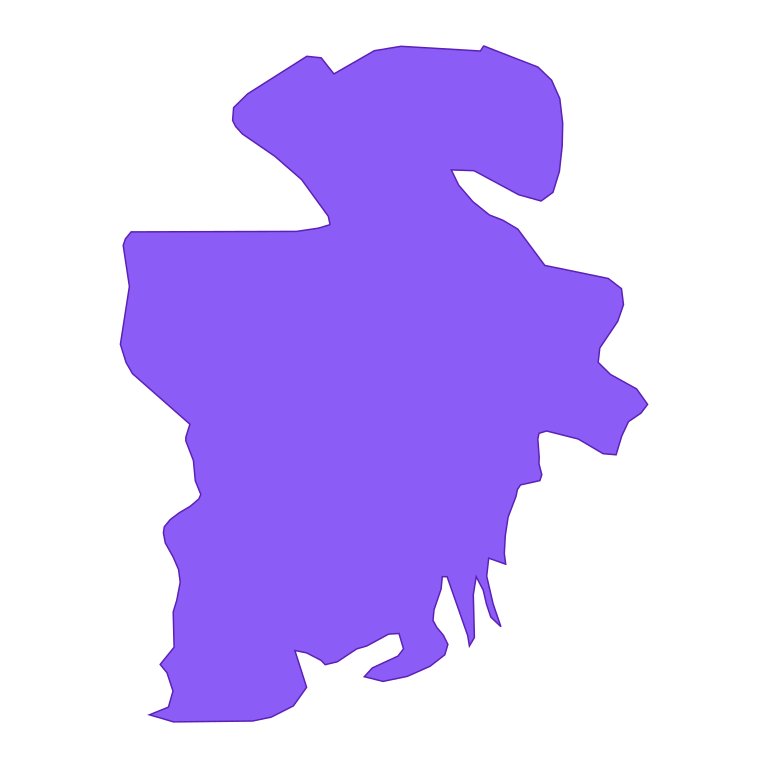 outline of Vestfold
{"feature_id": "NOR-923", "entity_name": "Vestfold", "entity_type": "County", "adm_level": 1, "iso_a3": "NOR", "parent_name": "Norway", "parent_adm1": "", "projection": "natural_earth1", "projection_center": [10.149, 59.326], "detail": "fine", "context": "isolated", "style": "filled", "palette": "violet", "viewbox_px": 768, "rotation_deg": 0, "n_neighbors": 0, "source": "natural_earth", "source_scale": "10m", "svg_char_len": 1834}
<svg xmlns="http://www.w3.org/2000/svg" viewBox="0 0 768 768"><path d="M483.5,46.1L484.5,46.2L493.5,49.8L538.0,67.1L551.6,80.2L559.8,98.6L562.7,123.2L562.2,145.8L559.4,171.4L553.0,192.3L541.1,201.0L518.8,194.8L474.0,170.7L451.3,169.9L458.7,185.2L472.9,201.7L489.3,214.9L503.0,220.3L517.8,229.1L544.8,265.4L608.3,278.5L621.5,288.7L623.5,304.7L617.7,321.4L599.8,348.0L598.2,362.4L610.4,374.4L636.7,389.0L647.6,404.4L641.0,413.1L628.5,421.6L621.7,436.1L616.1,454.8L603.1,453.7L578.2,439.0L546.6,431.0L539.0,433.3L537.8,439.0L539.2,457.1L539.0,463.8L541.8,474.7L539.9,480.6L520.5,484.9L517.4,489.6L516.0,496.4L508.1,517.1L505.3,535.6L504.3,553.5L505.7,564.2L488.7,558.2L486.7,576.2L493.1,603.8L500.9,626.7L490.8,617.1L486.5,604.2L483.2,590.1L476.2,576.7L473.3,594.7L474.4,637.6L469.4,646.0L467.7,635.6L447.1,576.7L442.3,576.7L441.1,589.0L434.0,609.9L433.0,620.4L436.8,627.4L443.4,635.3L447.9,644.4L444.8,654.8L430.0,666.3L407.2,676.4L383.0,681.4L364.3,676.7L372.2,668.0L397.9,656.1L403.5,648.9L399.0,633.5L388.6,634.1L366.7,646.0L356.7,648.9L337.3,661.8L325.2,664.7L321.1,660.4L306.7,652.9L294.9,650.5L306.6,687.3L293.4,705.9L271.3,717.1L252.6,721.0L173.6,721.9L149.4,714.8L168.4,707.1L173.0,691.1L167.0,672.8L160.2,664.5L160.3,664.3L174.1,647.2L173.2,612.0L176.8,600.1L180.2,582.3L178.6,569.6L173.2,557.1L165.3,543.0L163.4,532.9L164.3,526.8L170.2,519.6L179.2,512.8L190.2,506.3L198.9,498.9L200.8,494.4L195.3,480.8L193.4,460.5L185.8,440.8L185.9,437.0L189.9,424.2L132.5,373.7L126.1,362.6L120.4,344.3L129.4,286.4L123.2,245.4L125.4,238.9L131.1,231.9L296.5,231.4L318.2,228.2L329.9,224.7L329.9,223.6L329.7,223.0L328.3,216.3L301.6,179.6L274.6,156.1L242.4,134.0L235.6,126.5L232.6,120.4L233.6,107.6L247.7,93.8L306.8,56.3L321.2,57.8L333.9,73.9L374.3,50.7L400.9,46.3L480.4,51.0L483.5,46.1Z" fill="#8b5cf6" stroke="#5b21b6" stroke-width="1.5"/></svg>